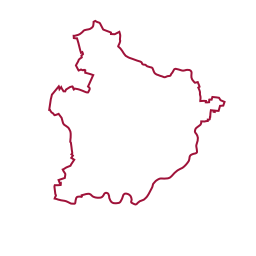 Binh Giang, Hải Dương, Vietnam (Mercator projection), rotated 109°
{"feature_id": "81297802B56696175700764", "entity_name": "Binh Giang", "entity_type": "district", "adm_level": 2, "iso_a3": "VNM", "parent_name": "Vietnam", "parent_adm1": "Hải Dương", "projection": "mercator", "projection_center": [106.189, 20.876], "detail": "fine", "context": "isolated", "style": "outline", "palette": "rose", "viewbox_px": 256, "rotation_deg": 109, "n_neighbors": 0, "source": "geoboundaries", "source_scale": "gbopen_adm2", "svg_char_len": 5776}
<svg xmlns="http://www.w3.org/2000/svg" viewBox="0 0 256 256"><g transform="rotate(109 128 128)"><path d="M58.5,209.4L60.6,208.5L60.4,207.2L59.8,205.4L63.9,202.5L70.2,198.4L72.2,196.9L71.1,195.9L72.0,195.1L72.8,194.6L74.1,195.3L74.8,195.6L76.3,194.7L78.2,196.1L78.9,196.5L79.9,196.8L81.3,196.8L84.4,197.4L85.8,197.6L89.3,193.9L89.7,193.4L88.7,192.2L88.0,191.5L88.0,191.2L88.2,189.9L87.9,189.3L87.4,188.6L87.2,187.9L87.7,187.7L87.6,187.1L88.3,186.9L89.7,186.4L89.5,184.5L89.3,181.1L89.3,178.1L91.1,178.3L99.1,179.0L101.8,179.3L102.4,177.8L102.8,177.3L103.6,176.9L104.6,176.9L107.3,177.3L107.6,177.9L107.8,178.9L107.8,179.8L107.7,181.7L107.6,182.9L107.5,186.4L107.6,188.1L108.0,190.7L108.0,191.1L109.0,191.5L109.3,191.8L108.8,192.3L106.9,193.8L106.8,194.1L106.9,194.3L108.2,196.2L109.1,196.9L109.7,197.4L111.8,199.1L113.8,199.3L114.3,200.9L113.7,201.6L112.2,203.5L111.1,204.5L113.6,205.4L112.1,206.3L111.3,206.8L111.1,207.0L119.2,210.0L120.5,210.5L121.1,210.8L125.1,210.4L125.7,210.4L132.7,209.1L136.5,208.4L136.3,207.7L136.6,207.5L137.8,205.9L138.2,205.3L138.5,203.8L138.9,203.1L139.8,201.7L139.6,201.2L138.8,200.1L137.2,198.2L137.8,197.4L140.0,194.1L143.8,191.5L144.5,191.0L145.2,190.2L145.7,189.4L146.3,187.1L147.0,184.9L147.5,184.0L148.4,183.0L150.0,181.4L150.9,180.9L151.9,180.4L153.3,179.9L155.8,179.1L157.2,178.8L159.9,178.1L160.2,177.5L160.5,177.2L165.1,174.9L166.6,174.2L169.9,172.5L170.8,172.7L171.3,172.9L171.7,171.7L172.0,171.1L173.7,171.6L174.7,171.9L175.5,168.5L180.9,169.9L182.4,170.1L182.5,170.2L184.6,172.6L185.4,173.5L187.9,175.5L188.5,176.2L189.7,175.0L191.3,172.9L191.9,172.3L192.9,172.0L195.8,171.5L199.8,176.7L202.2,174.7L201.7,173.7L202.7,173.3L203.8,173.1L204.8,175.4L205.9,178.6L206.7,178.6L207.6,178.4L208.0,178.2L209.0,177.7L212.5,176.0L213.9,175.3L214.1,175.2L214.8,174.5L215.2,174.2L216.2,174.2L217.2,174.4L218.6,174.4L218.4,172.4L218.4,170.6L218.2,168.8L218.2,168.1L217.5,164.2L217.4,162.5L217.6,160.4L218.0,157.5L217.8,156.4L217.1,154.2L216.9,153.8L216.3,153.5L215.9,153.5L213.3,154.0L211.7,154.1L210.8,154.1L210.3,153.9L209.7,153.6L209.3,153.0L208.6,151.5L208.2,149.5L207.8,149.3L206.7,149.9L204.1,146.1L203.3,144.5L202.9,143.5L203.0,141.8L204.1,139.3L204.3,138.2L204.3,136.3L203.9,134.2L203.5,133.0L202.7,131.2L202.1,130.5L201.5,130.0L200.4,129.5L199.2,129.2L197.9,129.0L197.3,128.7L196.6,128.0L196.3,127.2L196.3,126.4L196.4,125.8L196.7,125.2L197.4,124.6L198.4,123.8L200.3,122.9L202.3,121.1L203.3,119.7L203.5,119.0L203.7,118.3L203.7,117.0L203.1,114.9L202.2,113.0L201.5,111.9L200.6,111.3L199.4,111.0L196.8,110.6L195.7,110.6L194.6,110.6L192.9,110.6L192.3,110.4L191.3,109.8L191.1,109.4L190.8,108.9L190.6,108.2L190.5,107.1L190.5,106.3L190.6,105.6L190.8,105.0L191.1,104.2L191.7,103.2L192.3,102.7L193.0,102.1L193.9,101.6L194.6,101.2L195.4,101.1L196.8,101.0L197.1,100.8L197.5,100.3L197.9,97.6L197.9,96.2L197.7,95.7L197.3,95.3L196.8,94.9L196.0,94.6L195.1,94.1L194.2,93.5L193.5,93.1L192.5,91.9L190.8,89.9L190.3,89.5L188.3,88.4L187.4,88.0L186.7,87.7L183.9,87.0L182.0,86.7L176.7,85.9L175.7,85.8L173.5,86.0L172.6,86.0L169.9,84.9L169.0,84.5L167.9,83.7L166.9,82.9L166.0,82.0L165.5,81.4L165.3,81.0L165.0,80.4L164.0,77.1L162.8,74.3L162.4,73.6L161.9,73.0L161.5,72.5L160.9,72.0L160.0,71.5L159.1,71.0L155.4,69.4L153.0,68.0L151.9,67.3L150.9,66.4L150.1,65.7L148.6,64.2L147.9,63.5L147.1,63.0L146.0,62.3L143.7,61.2L141.8,60.5L140.8,60.2L139.8,59.9L138.9,59.8L137.5,59.9L136.4,60.1L135.4,60.3L134.4,60.3L133.7,60.1L133.1,59.8L132.1,58.9L131.3,57.9L130.8,57.2L130.5,56.6L129.9,55.8L129.4,55.3L128.9,55.0L128.6,54.9L128.1,55.0L127.5,55.2L125.6,56.1L123.8,57.1L123.0,57.5L122.1,57.8L118.2,58.0L117.4,58.0L116.3,58.3L114.6,58.7L113.7,59.3L112.8,59.9L112.2,60.5L111.5,61.3L110.5,62.8L110.1,63.2L109.7,63.5L109.2,63.7L107.5,63.9L106.7,63.8L105.8,63.5L104.7,62.8L101.9,60.9L101.1,60.5L99.7,60.4L99.1,60.5L98.6,60.7L97.9,60.9L97.2,58.7L97.0,57.9L96.7,57.3L96.4,57.0L95.5,55.2L95.4,54.9L94.1,55.3L93.8,54.2L93.5,53.8L93.2,53.6L92.5,53.7L90.7,54.1L90.6,53.9L88.9,54.4L87.0,54.9L84.2,55.4L83.6,52.8L84.8,52.4L84.6,51.2L83.3,51.6L82.9,49.8L82.3,47.9L77.1,48.2L75.8,45.2L71.9,45.2L71.6,49.5L69.8,51.8L70.3,54.5L71.2,58.3L74.0,58.2L74.5,60.1L74.7,60.4L77.2,59.7L78.1,61.7L78.4,62.8L77.1,63.1L77.5,64.7L78.0,66.0L79.0,68.4L78.2,68.7L77.0,68.9L76.0,69.2L74.9,69.6L73.9,70.2L73.2,70.7L72.6,71.0L71.0,71.5L70.2,71.9L69.5,72.4L68.5,73.2L66.9,74.7L65.7,73.8L64.5,74.7L62.4,76.6L61.9,77.0L62.2,77.5L63.4,79.4L63.1,80.2L62.0,82.0L61.4,82.9L60.9,83.4L59.5,84.5L57.6,85.2L55.0,85.9L54.2,86.4L53.7,87.0L53.4,87.5L53.3,88.0L53.2,88.9L53.6,90.4L53.8,91.1L54.4,92.2L55.0,93.0L55.8,94.5L56.0,95.2L56.1,96.0L56.2,99.2L56.5,102.2L56.9,102.8L57.3,103.3L57.9,103.5L61.2,104.1L62.2,104.5L63.2,104.8L63.9,104.8L64.7,105.0L65.2,105.6L66.2,107.6L67.5,109.0L68.0,109.7L68.2,110.4L68.1,112.8L68.2,114.5L68.1,116.5L68.1,118.3L67.8,119.7L67.3,120.8L66.3,121.9L65.2,122.8L63.5,124.3L63.1,125.3L63.3,127.0L63.4,129.9L63.2,130.7L62.8,131.5L62.6,132.0L62.7,132.8L62.9,133.4L63.0,134.1L63.0,134.7L62.8,135.3L62.4,135.8L61.8,136.2L61.5,136.6L61.3,137.3L61.2,138.1L61.3,141.5L61.2,146.3L61.2,147.8L61.2,149.4L61.1,150.6L60.5,153.7L59.5,155.3L58.9,156.2L56.9,158.7L55.4,160.9L55.0,161.7L54.1,163.8L53.4,163.9L50.7,163.6L49.4,163.6L48.4,163.7L48.0,163.8L47.6,164.1L46.8,164.5L43.9,165.2L42.7,165.6L41.0,166.7L39.9,167.5L42.4,169.9L43.1,170.5L43.7,171.2L44.7,174.7L43.3,175.2L43.2,176.4L43.0,183.0L42.9,183.6L38.4,188.3L37.9,189.0L37.8,189.4L37.8,191.9L37.6,193.1L37.4,193.8L37.7,194.1L38.6,194.9L38.8,195.1L40.5,194.6L41.4,194.4L42.6,194.2L43.2,194.2L43.7,194.3L44.5,194.6L45.2,195.0L45.8,195.5L46.5,196.0L47.0,196.6L47.6,197.5L48.6,199.3L49.7,201.0L50.3,201.5L50.8,201.8L51.6,202.1L52.9,202.8L54.3,203.7L55.0,204.2L56.2,205.5L57.7,207.7L58.1,208.3L58.5,209.4Z" fill="none" stroke="#9f1239" stroke-width="2"/></g></svg>